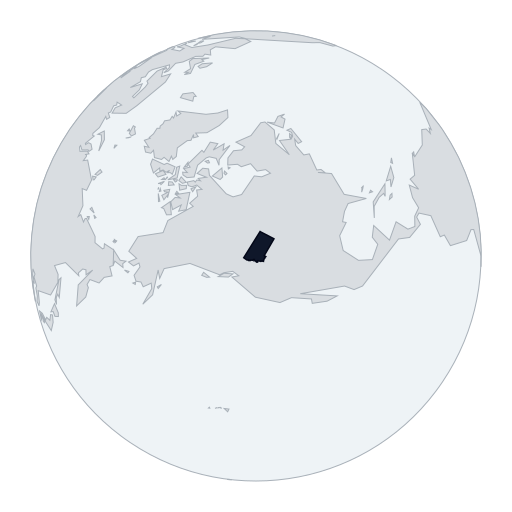 the Earth from above Montana, rotated 304°
{"feature_id": "USA-3515", "entity_name": "Montana", "entity_type": "State", "adm_level": 1, "iso_a3": "USA", "parent_name": "United States of America", "parent_adm1": "", "projection": "orthographic", "projection_center": [-112.826, 46.685], "detail": "fine", "context": "on_globe", "style": "filled", "palette": "ink", "viewbox_px": 512, "rotation_deg": 304, "n_neighbors": 0, "source": "natural_earth", "source_scale": "10m", "svg_char_len": 11430}
<svg xmlns="http://www.w3.org/2000/svg" viewBox="0 0 512 512"><g transform="rotate(304 256 256)"><circle cx="256" cy="256" r="225" fill="#eef3f6" stroke="#a8b0b8"/><path d="M56.5,359.9L57.0,361.1L56.5,359.9ZM372.9,448.6L381.7,442.7L399.7,421.7L398.1,419.5L386.6,422.0L373.3,411.4L378.7,400.4L375.0,398.0L387.2,378.4L382.7,367.1L378.1,367.4L374.2,374.6L357.3,373.0L349.8,364.6L290.7,361.1L283.0,356.1L280.6,346.2L249.5,313.8L268.3,345.6L258.3,340.2L248.2,329.1L251.4,326.0L241.3,308.7L230.8,301.9L221.5,278.5L225.1,247.8L230.0,252.8L230.3,245.3L224.2,238.7L220.1,236.4L212.9,205.4L194.2,186.9L183.5,188.7L189.7,182.7L166.0,192.0L152.7,189.1L170.7,187.8L174.9,184.3L167.4,179.7L170.1,175.2L168.0,170.6L171.8,165.7L182.1,165.9L184.7,162.9L179.3,160.0L179.7,153.6L187.3,158.4L188.8,147.9L206.2,147.4L223.4,165.9L236.1,163.1L262.0,176.2L262.7,171.5L272.9,174.2L277.5,169.9L281.0,174.0L281.7,167.2L277.6,164.3L276.5,160.4L278.9,157.7L283.7,162.3L283.3,164.3L285.9,164.4L287.3,167.9L288.0,164.7L293.6,170.9L291.5,161.0L299.0,162.8L301.7,168.0L296.8,172.3L290.9,196.5L292.2,203.9L298.9,209.7L321.4,209.8L324.8,216.4L332.7,221.7L333.0,215.7L327.0,209.4L329.5,199.9L321.8,193.9L321.7,189.4L315.6,181.7L321.6,177.9L330.7,178.5L336.0,184.9L340.2,185.5L339.2,175.7L353.1,184.5L369.1,185.4L372.1,188.5L370.7,200.6L360.4,209.5L358.6,227.0L364.9,210.9L372.4,219.7L375.8,219.4L378.4,216.4L377.6,211.3L381.2,213.6L376.3,229.9L372.9,228.0L374.5,222.7L369.7,227.2L366.5,239.1L370.5,243.1L361.3,258.3L364.1,261.5L363.7,266.9L359.9,260.6L366.6,272.5L356.4,294.6L365.4,315.3L351.0,303.0L342.5,304.4L332.8,308.6L334.2,312.0L319.6,314.0L309.3,325.2L309.7,343.4L318.1,354.5L333.8,350.4L336.6,341.9L347.1,336.5L343.8,357.8L362.7,353.0L363.2,366.9L369.3,371.2L377.8,365.3L386.9,363.9L391.9,353.2L400.5,343.4L402.3,353.5L405.9,340.8L411.6,342.4L427.9,328.7L427.1,332.1L441.0,331.8L453.5,322.7L456.4,326.1L455.1,332.0L458.8,328.0L458.8,330.6L471.0,312.0L475.0,305.8L473.4,314.7L467.1,334.5L465.1,339.9L458.5,354.6L451.0,368.9L442.4,382.5L432.9,395.5L422.5,407.8L411.2,419.3L399.1,430.0L386.3,439.7L372.9,448.6ZM111.0,319.6L111.8,314.9L114.0,319.2L111.0,319.6ZM110.5,311.0L110.6,312.8L110.1,311.1L110.5,311.0ZM109.0,309.2L110.1,310.5L108.7,309.4L109.0,309.2ZM106.8,307.2L108.1,308.1L107.9,308.2L106.8,307.2ZM366.4,322.9L388.0,322.5L377.7,329.7L379.3,326.8L373.5,325.3L363.2,326.2L353.7,332.8L366.4,322.9ZM104.0,302.8L103.4,301.6L104.6,301.9L104.0,302.8ZM371.6,306.9L368.0,307.9L371.2,306.1L371.6,306.9ZM217.8,236.2L223.8,239.2L228.3,246.9L223.1,244.9L217.8,236.2ZM209.6,221.8L213.2,221.7L212.5,229.3L210.7,227.0L209.6,221.8ZM175.2,191.4L179.5,193.5L174.4,193.1L175.2,191.4ZM167.0,170.8L164.9,171.8L164.7,169.0L167.0,170.8ZM312.7,184.4L314.2,183.1L314.6,185.2L312.7,184.4ZM308.8,182.4L308.2,185.8L306.2,185.4L306.6,183.3L308.8,182.4ZM170.4,159.2L170.8,154.8L172.2,159.3L170.4,159.2ZM309.9,178.5L302.8,184.2L299.4,183.5L297.9,175.1L309.9,178.5ZM172.1,152.2L172.8,141.8L168.2,142.9L181.5,134.6L176.5,145.8L179.0,151.1L175.1,149.8L172.1,152.2ZM275.3,164.5L279.7,167.5L273.9,167.5L275.3,164.5ZM271.8,165.6L255.3,172.2L249.9,166.8L256.5,165.5L247.8,160.9L253.3,155.0L259.3,156.2L261.7,160.7L262.0,155.1L271.8,165.6ZM188.7,131.9L190.4,129.6L190.6,132.1L188.7,131.9ZM275.7,158.9L272.8,160.5L267.9,155.9L272.8,151.8L272.8,154.6L275.7,158.9ZM242.9,162.7L240.1,158.8L243.8,152.9L243.2,150.6L253.0,154.4L242.9,162.7ZM275.1,154.3L275.4,149.9L279.8,149.7L278.1,157.0L275.1,154.3ZM264.7,156.6L262.6,154.3L265.3,154.2L264.7,156.6ZM295.6,147.2L292.3,149.0L289.5,146.7L295.6,147.2ZM275.2,148.3L273.6,148.4L272.2,147.7L273.2,144.9L275.2,148.3ZM254.9,150.1L257.0,148.6L251.1,148.2L253.6,144.0L259.7,147.4L258.1,144.2L258.9,142.9L263.0,147.2L254.9,150.1ZM269.9,140.3L278.4,143.6L285.2,140.6L287.9,142.5L276.5,147.0L269.9,140.3ZM265.5,143.9L268.8,142.1L270.5,145.2L269.2,148.4L265.5,143.9ZM253.2,140.0L247.7,145.6L246.6,144.7L253.2,140.0ZM271.5,138.8L269.4,138.1L271.8,138.2L271.5,138.8ZM258.4,138.9L256.7,140.9L255.4,139.8L258.4,138.9ZM266.7,135.0L269.4,136.0L268.7,138.2L266.7,135.0ZM262.6,136.3L261.3,134.3L266.7,138.3L262.0,137.3L262.6,136.3ZM257.5,137.5L256.2,137.5L258.5,136.8L257.5,137.5ZM267.9,126.6L274.9,131.1L273.3,135.7L266.7,130.6L267.9,126.6ZM475.4,205.0L473.0,202.3L468.7,189.8L464.0,182.9L430.9,127.0L428.3,119.7L407.3,92.5L405.5,90.1L412.7,95.5L403.9,86.1L416.8,98.2L428.6,111.2L439.4,125.2L449.1,139.9L457.5,155.4L464.8,171.4L470.8,188.0L475.4,205.0ZM366.6,59.7L371.0,62.3L370.1,62.3L348.8,51.2L328.9,42.9L327.9,42.7L336.5,46.8L327.9,44.3L339.0,48.5L337.5,47.2L344.4,50.0L346.2,51.4L343.1,50.3L347.9,53.1L361.5,58.3L361.4,57.6L376.6,67.0L377.9,66.9L383.5,70.5L383.3,72.1L380.2,70.7L383.3,78.1L387.9,80.2L385.3,73.6L387.9,76.1L394.1,79.7L391.4,78.9L393.0,86.3L404.0,98.1L425.0,117.3L430.0,125.5L430.9,131.7L416.2,122.7L406.8,105.5L401.4,102.8L397.3,106.1L394.8,100.8L391.9,100.3L387.8,94.4L376.0,86.9L370.8,81.6L360.5,79.9L356.4,77.1L363.7,78.8L366.1,77.4L352.6,65.9L348.4,64.0L342.7,64.0L339.7,61.2L335.9,62.7L325.4,57.6L335.1,65.4L328.6,66.4L319.2,64.4L318.8,66.3L334.2,69.7L338.8,69.9L340.0,67.8L354.0,70.6L359.9,74.4L351.8,77.3L359.2,83.4L349.6,83.6L313.8,73.1L301.7,68.6L294.0,56.8L300.1,56.4L306.0,60.2L305.9,54.8L303.3,56.1L300.9,54.0L294.1,55.0L292.0,53.6L289.1,57.3L285.8,55.7L287.7,53.4L274.9,54.4L266.5,52.2L264.6,53.2L265.0,54.8L254.0,51.5L253.1,52.4L256.3,53.8L256.6,56.6L252.8,60.4L249.3,59.0L250.1,57.4L246.6,52.4L249.5,48.8L247.7,48.7L244.3,51.5L248.6,57.6L247.3,60.4L244.4,57.5L245.4,58.7L243.6,59.7L238.5,59.5L241.4,62.8L227.0,77.2L215.7,78.8L214.7,74.2L200.9,84.4L189.3,86.5L192.3,87.6L187.7,94.0L191.3,93.4L192.4,94.4L182.2,111.7L177.0,115.1L176.1,124.8L177.6,125.6L181.4,123.5L181.5,134.6L168.2,142.9L165.4,140.7L159.0,147.8L153.4,142.1L145.9,141.0L143.6,131.5L137.9,131.9L136.0,134.7L126.8,137.8L114.3,135.2L132.6,124.8L153.0,128.5L145.4,125.6L149.5,122.7L148.3,119.6L142.7,118.2L140.5,120.2L144.0,101.7L135.4,94.3L130.1,102.2L123.3,106.5L108.8,107.5L105.5,94.8L96.3,102.4L93.4,104.0L96.1,99.7L100.5,97.1L106.4,91.4L108.5,90.9L114.4,83.8L117.5,82.8L120.6,78.2L115.6,81.4L109.2,87.7L110.5,84.8L99.5,94.3L95.0,98.4L106.9,87.1L119.6,76.7L132.9,67.3L147.0,58.9L161.6,51.5L176.7,45.1L192.2,39.9L208.1,35.9L224.2,33.0L240.5,31.3L256.9,30.7L273.2,31.4L289.5,33.2L305.6,36.3L321.4,40.4L336.9,45.8L352.0,52.2L366.6,59.7ZM447.3,146.3L449.5,148.7L447.3,146.3ZM299.8,35.0L302.7,35.8L294.7,34.3L293.6,34.5L298.3,35.5L312.1,38.2L308.1,36.8L299.8,35.0ZM428.4,328.2L430.5,328.5L428.1,330.8L428.4,328.2ZM377.4,335.0L381.4,333.2L383.9,333.7L381.0,335.9L377.4,335.0ZM408.9,315.4L413.1,313.4L409.2,317.4L408.9,315.4ZM391.1,322.0L405.7,317.5L398.1,326.4L388.7,329.3L394.6,324.6L391.1,322.0ZM371.8,314.7L374.6,314.2L374.4,316.7L371.8,314.7ZM373.9,305.7L373.0,306.4L371.2,305.3L373.9,305.7ZM372.7,218.7L373.2,217.5L376.3,215.4L375.9,218.2L372.7,218.7ZM384.0,196.1L389.6,200.3L385.3,199.0L385.7,203.5L377.3,206.8L373.2,190.3L376.6,197.0L384.0,196.1ZM364.8,207.4L370.6,206.7L364.4,208.1L364.8,207.4ZM380.3,104.5L380.8,102.0L385.3,103.9L391.8,112.0L385.3,109.2L380.3,104.5ZM380.6,98.2L370.7,99.6L366.3,95.1L370.5,97.3L368.5,94.2L374.7,97.0L380.1,91.8L384.4,93.3L394.0,106.5L388.5,101.2L388.3,103.8L380.6,98.2ZM353.3,115.3L349.0,117.0L345.0,104.8L349.5,104.7L356.3,112.4L354.9,117.1L353.3,115.3ZM308.7,163.1L307.3,165.3L306.0,163.9L306.1,160.9L308.7,163.1ZM294.3,148.2L313.4,152.1L312.8,154.8L324.8,154.4L327.8,161.5L319.9,161.3L331.2,166.8L325.3,169.5L333.1,172.6L315.3,171.6L310.5,174.6L314.7,168.4L312.1,161.8L309.5,159.9L298.6,156.8L286.9,160.5L282.4,155.0L282.4,150.1L284.5,148.3L286.8,152.4L288.0,147.1L292.8,151.7L294.3,148.2ZM284.5,102.0L286.2,106.4L289.5,98.7L294.4,102.4L294.5,101.2L299.9,102.7L306.6,102.6L308.1,104.9L310.1,103.9L313.7,105.0L316.9,104.6L320.7,108.6L324.9,108.4L324.3,110.5L330.6,109.2L327.7,112.0L332.1,114.0L332.6,110.2L345.5,135.3L353.2,144.4L361.2,150.7L355.1,155.3L343.7,152.6L330.8,146.4L324.2,137.3L322.7,141.3L319.1,138.2L321.8,136.3L315.5,137.4L313.2,134.5L301.7,130.3L293.9,134.3L289.5,133.0L291.5,130.0L285.7,131.0L286.4,124.6L283.2,123.7L280.8,116.8L286.4,111.9L282.4,111.3L280.4,106.3L284.5,102.0ZM267.5,124.5L273.1,117.3L278.5,116.0L280.5,128.7L283.2,130.4L284.7,139.0L276.9,140.9L277.2,138.3L275.6,136.1L278.7,136.4L275.1,134.6L275.4,130.9L272.7,128.7L275.2,126.9L267.5,124.5ZM400.5,85.9L398.5,83.9L394.8,80.5L398.6,83.0L400.5,85.9ZM401.9,91.0L399.7,88.8L403.3,90.1L405.3,92.5L401.9,91.0ZM395.4,86.7L399.3,88.6L398.4,88.9L395.4,86.7ZM361.4,77.0L358.6,75.0L359.6,74.7L362.5,75.6L361.4,77.0ZM295.4,81.5L295.5,83.8L294.0,83.8L289.8,87.8L285.9,85.6L286.8,82.4L295.4,81.5ZM378.9,67.2L383.0,69.9L381.9,69.2L378.3,66.8L378.9,67.2ZM290.4,79.8L289.2,81.7L288.0,79.5L290.4,79.8ZM282.8,84.3L280.9,82.0L284.9,85.9L282.8,84.3ZM255.1,66.9L265.2,63.4L269.9,60.1L268.5,56.8L274.8,60.3L267.6,65.3L255.1,66.9ZM230.8,75.9L232.2,79.3L228.7,79.2L228.0,78.4L230.8,75.9ZM233.7,76.9L240.6,78.5L239.5,81.4L234.2,79.5L233.7,76.9ZM265.8,78.0L269.1,77.0L270.0,78.7L265.8,78.0ZM55.1,357.8L54.6,356.9L56.7,360.9L55.3,358.4L55.1,357.8ZM57.0,361.0L55.1,357.6L56.5,359.9L57.0,361.0ZM83.0,116.0L85.8,113.7L83.8,117.3L82.4,117.8L83.0,116.0ZM79.7,128.0L84.2,117.5L88.2,109.8L85.3,113.1L83.2,113.7L89.4,107.3L89.0,110.9L85.4,117.3L88.1,116.8L87.4,121.1L92.6,118.5L93.3,120.3L87.6,124.9L79.7,128.0ZM95.0,117.2L103.8,115.6L98.4,123.8L95.3,126.0L93.5,123.1L96.5,118.9L95.0,117.2ZM104.3,117.7L107.2,113.8L126.3,105.9L128.9,106.5L111.6,116.1L113.5,113.0L109.7,113.7L104.3,117.7ZM188.1,129.3L190.2,129.6L187.8,130.9L188.1,129.3ZM194.4,94.0L195.5,95.7L192.8,96.9L194.4,94.0ZM197.0,101.2L199.4,98.6L198.4,101.9L197.0,101.2ZM204.5,92.7L201.1,97.8L202.2,92.1L204.5,92.7Z" fill="#d9dde1" stroke="#a8b0b8" stroke-width="1"/><path d="M247.7,246.8L278.6,245.7L278.6,246.4L279.8,256.8L280.3,261.0L280.3,261.3L260.9,262.6L261.0,264.5L260.9,264.5L260.7,264.4L260.6,264.2L260.4,263.9L260.3,263.7L260.2,263.6L259.9,263.7L259.8,263.8L259.7,264.0L259.7,264.3L259.8,264.3L259.7,264.4L259.2,264.3L258.9,264.5L258.8,264.4L258.7,264.3L258.4,264.4L258.1,264.4L257.9,264.4L257.7,264.4L257.4,264.4L257.4,264.5L257.2,264.7L256.9,264.7L256.5,264.6L256.4,264.6L256.2,264.6L256.0,264.8L256.1,265.0L255.9,265.1L255.9,264.9L255.7,264.9L255.5,264.7L255.5,264.4L255.4,264.4L255.3,264.2L255.3,263.9L255.3,263.7L255.2,263.7L255.1,263.4L254.9,263.3L254.7,263.4L254.4,263.2L254.2,262.9L254.3,262.8L254.3,262.7L254.2,262.4L254.1,262.2L253.9,261.9L253.8,261.7L253.7,261.7L253.6,261.4L253.5,261.1L253.4,261.0L253.4,260.9L253.4,260.7L253.3,260.4L253.3,260.2L253.1,260.1L252.9,259.9L252.8,260.0L252.7,260.1L252.5,260.3L252.3,260.4L252.2,260.4L252.2,260.5L251.9,260.7L251.7,260.5L251.5,260.4L251.4,260.3L251.3,260.2L251.4,259.9L251.4,259.7L251.3,259.4L251.5,259.2L251.7,258.9L251.7,258.7L251.5,258.4L251.6,258.2L251.4,258.1L251.5,258.0L251.6,257.9L251.6,257.7L251.6,257.4L251.7,257.2L251.8,256.9L251.8,256.7L251.7,256.7L251.8,256.7L251.9,256.4L251.9,256.2L252.0,256.2L251.9,256.0L251.7,256.0L251.4,256.1L251.2,256.1L251.1,255.9L251.1,255.7L250.9,255.7L250.8,255.8L250.8,255.7L250.7,255.6L250.5,255.4L250.4,255.3L250.4,255.2L250.3,254.9L250.2,254.8L250.1,254.7L249.8,254.3L249.7,254.2L249.5,253.9L249.4,253.9L249.4,253.7L249.1,253.5L248.9,253.5L248.9,253.4L248.8,253.2L248.7,253.1L248.4,252.9L248.5,252.8L248.5,252.7L248.4,252.7L248.3,252.4L248.4,252.2L248.4,251.9L248.2,251.8L248.2,251.7L248.0,251.3L247.9,251.2L247.7,250.9L247.6,250.7L247.7,246.8Z" fill="#0f172a" stroke="#020617" stroke-width="1.5"/></g></svg>